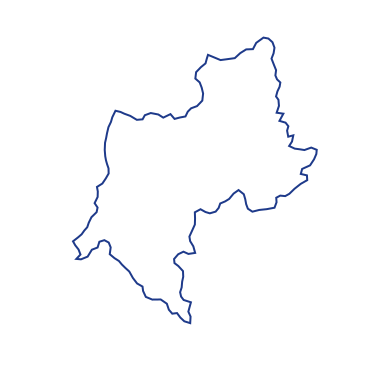 the district of Marilac, Minas Gerais, Brazil, rotated 67°
{"feature_id": "56859067B78611277191853", "entity_name": "Marilac", "entity_type": "district", "adm_level": 2, "iso_a3": "BRA", "parent_name": "Brazil", "parent_adm1": "Minas Gerais", "projection": "robinson", "projection_center": [-42.067, -18.5], "detail": "fine", "context": "isolated", "style": "outline", "palette": "blue", "viewbox_px": 384, "rotation_deg": 67, "n_neighbors": 0, "source": "geoboundaries", "source_scale": "gbopen_adm2", "svg_char_len": 2289}
<svg xmlns="http://www.w3.org/2000/svg" viewBox="0 0 384 384"><g transform="rotate(67 192 192)"><path d="M208.4,324.6L210.6,320.5L210.7,313.3L206.0,306.7L206.2,300.6L201.6,296.7L202.1,291.5L206.0,288.4L211.2,288.5L217.1,292.0L222.6,289.2L227.0,286.2L231.3,284.9L235.9,283.0L240.7,280.8L248.0,280.0L254.7,278.3L259.7,274.5L264.0,275.7L270.5,275.5L275.5,270.6L278.7,262.8L285.0,258.8L291.3,259.3L296.3,257.7L297.6,253.1L303.0,251.8L308.0,249.6L312.0,244.9L306.1,242.0L300.7,242.1L296.5,238.8L293.1,236.1L288.1,241.9L284.0,242.9L279.6,242.1L275.8,238.8L270.7,236.1L266.6,233.2L261.3,231.2L254.8,233.5L250.6,235.9L246.7,234.7L243.9,229.0L243.6,223.2L247.6,219.5L249.3,212.9L242.5,212.0L236.5,212.9L232.0,211.8L227.7,207.1L223.1,202.1L217.7,199.6L211.8,197.3L211.2,190.9L215.7,187.4L218.6,183.9L219.3,177.9L217.1,173.7L213.6,170.5L213.6,165.2L212.9,160.5L209.7,154.3L208.4,148.4L214.3,145.2L219.4,145.8L224.4,146.9L229.2,147.1L233.7,144.1L234.8,137.1L237.0,129.9L238.7,122.2L234.5,118.2L230.2,116.7L229.8,112.2L232.2,107.8L231.7,103.1L229.1,96.4L227.0,88.8L226.1,81.3L221.6,79.7L217.9,84.8L213.8,81.6L213.6,72.9L209.6,66.9L205.6,62.7L201.9,60.7L197.7,64.9L197.3,72.1L194.8,76.1L192.2,80.5L187.6,84.6L184.6,80.2L179.4,76.6L178.7,81.8L172.7,80.5L169.1,77.6L164.7,78.8L160.7,83.7L155.6,77.3L152.1,83.1L146.7,78.3L140.9,76.4L136.9,77.3L132.8,74.1L129.3,70.2L125.7,67.9L121.6,69.7L117.3,69.7L112.7,67.0L107.2,66.9L100.3,66.7L96.2,62.7L91.4,59.7L85.6,59.4L80.6,61.7L77.8,65.9L79.8,74.6L84.3,80.1L81.9,86.4L83.0,93.3L85.5,100.3L83.5,107.7L81.7,114.2L77.6,118.2L72.0,123.7L75.2,126.4L78.9,129.3L80.6,135.1L83.3,141.4L88.9,144.6L94.1,142.1L99.7,142.3L105.7,143.3L111.9,146.8L114.9,153.8L114.6,160.1L116.4,164.5L119.9,168.5L118.7,174.0L117.9,179.5L111.9,181.4L112.3,189.4L107.5,192.7L103.2,199.1L102.9,205.4L105.8,209.1L104.0,214.6L97.8,219.1L93.5,223.7L90.4,226.5L87.3,230.7L92.1,236.2L95.8,239.2L99.7,243.6L104.9,247.4L108.7,249.9L112.7,252.8L119.2,255.9L125.2,257.9L129.2,258.8L133.2,259.3L137.6,259.6L142.4,261.5L145.8,266.0L149.2,271.2L150.2,277.5L154.7,278.5L159.7,280.8L164.2,286.0L169.4,285.0L173.3,287.7L175.9,294.4L179.9,299.0L183.5,302.2L185.4,306.2L187.8,310.1L189.3,314.8L190.9,320.8L195.4,320.3L200.6,318.9L206.0,319.1L208.4,324.6Z" fill="none" stroke="#1e3a8a" stroke-width="2"/></g></svg>